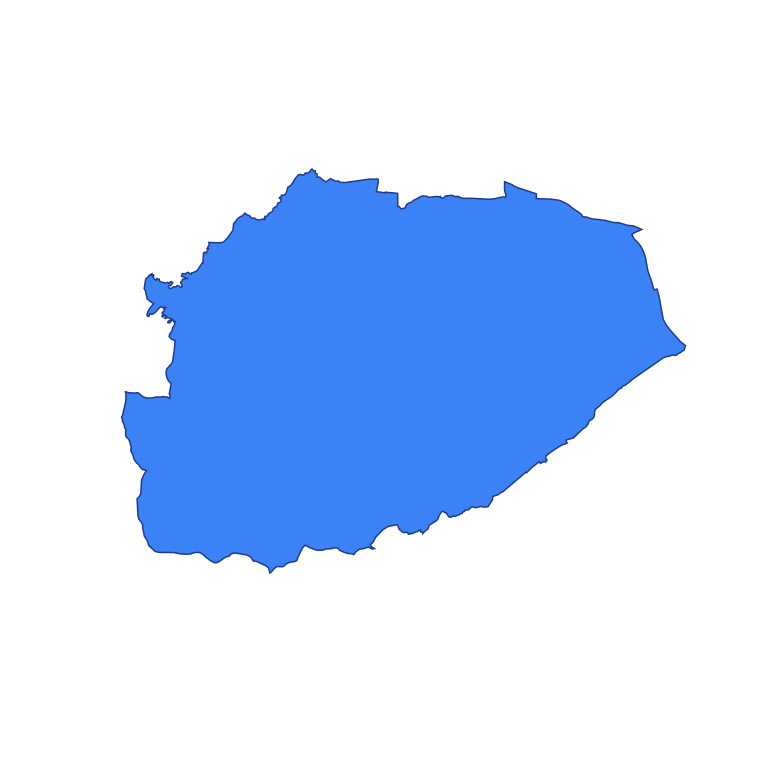 the district of Solont, Bacau, Romania, rotated 294°
{"feature_id": "2599482B29549349723291", "entity_name": "Solont", "entity_type": "district", "adm_level": 2, "iso_a3": "ROU", "parent_name": "Romania", "parent_adm1": "Bacau", "projection": "orthographic", "projection_center": [26.52, 46.567], "detail": "fine", "context": "isolated", "style": "filled", "palette": "blue", "viewbox_px": 768, "rotation_deg": 294, "n_neighbors": 0, "source": "geoboundaries", "source_scale": "gbopen_adm2", "svg_char_len": 6171}
<svg xmlns="http://www.w3.org/2000/svg" viewBox="0 0 768 768"><g transform="rotate(294 384 384)"><path d="M620.5,460.5L615.3,447.8L619.7,445.8L617.7,426.2L617.8,421.1L618.2,419.9L617.8,411.9L610.0,415.3L606.4,418.4L603.9,419.1L603.1,416.1L598.5,410.1L595.5,404.8L589.2,388.3L586.1,381.5L585.5,378.8L585.4,374.6L584.3,373.8L584.0,369.3L580.9,363.9L578.0,362.6L577.5,361.6L577.3,360.5L578.3,359.2L577.2,358.0L576.9,356.0L572.9,349.4L572.7,345.8L572.1,345.1L571.8,343.1L568.8,340.1L565.8,338.1L563.8,336.2L561.6,335.5L559.5,333.2L558.0,332.1L556.1,331.5L554.4,331.9L553.4,331.5L550.9,328.4L552.3,325.7L551.7,324.5L563.7,318.9L559.8,307.2L559.1,307.2L556.6,298.8L565.9,296.7L568.8,295.3L565.1,287.2L552.4,266.8L550.4,262.1L550.9,259.6L549.5,257.3L549.9,251.6L545.0,248.7L545.8,244.5L546.8,241.1L545.7,238.7L548.7,237.4L548.8,235.2L550.8,234.5L550.0,232.9L551.1,230.9L550.5,230.2L547.8,229.8L545.5,228.5L544.9,226.4L543.2,226.0L541.8,225.1L541.6,222.8L540.3,220.7L534.1,219.0L531.0,218.9L527.6,218.1L524.7,216.2L518.9,216.9L516.3,216.5L514.7,213.4L513.2,214.1L511.8,212.6L511.1,213.0L511.0,214.8L510.6,215.2L508.2,215.5L506.2,213.5L503.0,213.7L499.2,211.3L497.7,212.0L496.1,211.8L492.6,209.2L489.5,208.9L488.8,207.1L487.3,207.2L486.5,208.2L485.6,208.0L485.6,206.4L482.9,203.1L482.3,199.8L482.8,198.7L482.8,197.6L481.8,196.7L481.7,196.2L481.7,195.4L483.0,192.9L482.9,189.8L483.5,187.4L479.5,186.0L478.9,185.0L475.4,183.0L470.6,181.9L469.6,181.3L463.0,183.4L453.8,181.6L448.4,179.6L447.1,178.0L445.4,174.7L442.1,166.4L440.5,167.6L435.8,167.3L436.4,168.6L431.5,168.2L431.4,166.4L430.1,165.9L420.8,169.4L420.8,168.7L412.0,167.3L409.3,165.5L407.4,163.2L406.1,163.3L406.0,161.2L406.3,159.9L406.0,159.1L404.7,158.1L404.1,158.2L402.8,154.8L400.0,155.2L400.3,157.6L400.3,161.0L397.6,157.2L396.3,157.7L394.4,156.8L393.4,157.4L392.1,159.2L390.6,160.0L389.5,158.6L390.2,156.7L389.9,155.2L387.8,154.1L387.3,152.1L385.9,151.6L384.0,149.6L385.0,147.5L385.8,147.3L386.9,147.7L387.0,149.1L390.6,149.7L390.8,149.0L390.9,147.7L388.6,146.2L388.8,144.9L387.6,144.0L386.6,139.4L386.4,137.5L388.2,136.2L387.7,136.0L388.0,133.6L386.3,133.9L386.2,132.0L387.5,130.1L389.9,129.2L389.9,128.8L388.5,128.6L388.5,127.6L390.3,127.1L387.6,125.2L386.1,125.1L383.1,123.6L373.6,126.1L372.2,128.1L365.4,133.0L364.0,138.5L364.0,140.9L357.5,139.2L353.7,138.8L350.3,139.5L349.8,141.2L350.0,141.6L352.9,141.6L353.1,143.1L353.7,144.3L356.7,146.1L363.6,148.2L363.8,150.3L365.1,153.3L365.1,153.6L364.4,153.4L363.1,152.2L362.1,153.7L359.0,152.3L358.4,152.5L358.1,154.1L356.0,153.5L355.5,153.8L355.2,154.6L356.7,154.8L357.7,155.9L357.7,156.7L357.0,156.6L357.2,157.8L354.9,156.9L354.9,157.7L356.1,158.4L357.1,161.7L357.0,163.7L353.6,161.4L352.5,161.3L352.1,161.7L352.6,163.2L356.0,164.4L356.7,165.2L356.7,165.7L355.6,166.4L356.3,166.9L356.0,167.8L352.0,168.6L349.6,168.0L346.2,168.7L342.7,167.9L340.0,168.4L338.5,171.5L338.7,175.5L329.5,178.7L318.9,181.6L316.9,181.8L309.8,179.5L307.2,179.7L304.0,181.2L300.5,184.1L299.0,186.2L297.7,189.5L287.8,191.8L286.9,192.9L284.3,194.0L283.6,194.1L284.0,191.1L283.0,189.4L282.9,187.7L280.5,184.2L280.4,182.8L275.8,175.8L274.5,172.1L274.3,168.9L275.8,163.8L275.7,161.9L274.2,160.0L273.2,156.6L272.3,155.4L272.2,153.5L271.7,150.9L269.2,152.7L263.4,155.1L249.0,157.9L246.9,157.7L246.1,158.8L243.7,160.2L241.6,162.7L238.5,165.0L237.7,166.5L231.9,168.9L230.7,170.4L229.6,173.2L228.2,174.9L223.3,178.8L220.1,179.8L217.1,183.5L213.2,186.7L211.1,190.5L210.6,192.6L208.4,196.0L207.7,198.0L208.3,202.2L203.4,201.5L197.7,201.6L185.3,206.3L181.7,206.3L178.7,205.1L163.6,212.8L160.8,215.1L159.0,218.6L156.4,221.4L155.2,221.6L147.6,226.9L144.6,231.4L140.7,234.8L138.3,242.0L138.0,243.4L138.8,247.3L144.5,260.4L146.0,267.2L148.3,273.2L149.9,276.2L153.1,279.7L154.9,283.4L154.9,287.2L153.3,291.9L152.1,297.0L151.8,300.6L152.0,302.4L152.6,303.8L154.3,305.3L161.2,309.5L164.1,312.8L166.0,313.2L168.5,315.4L170.2,320.8L171.7,327.0L172.0,328.4L171.8,332.6L169.0,336.8L170.0,338.8L170.1,340.8L169.9,349.2L169.6,351.4L168.8,353.6L164.9,356.6L167.0,357.8L171.1,358.9L173.8,360.6L175.4,364.8L176.3,366.3L179.9,368.0L182.2,369.7L185.6,374.7L187.1,376.1L191.9,375.8L201.1,376.2L204.7,377.5L204.3,382.6L204.7,389.5L205.6,392.3L207.1,395.3L209.7,398.2L211.9,402.6L213.3,404.2L215.1,407.3L215.1,409.1L214.0,411.1L214.1,417.0L214.4,419.5L215.5,422.7L215.9,425.8L219.1,426.5L223.0,428.6L224.6,431.3L228.8,436.4L228.4,440.2L229.7,442.2L230.4,438.4L231.7,436.9L234.7,438.3L241.1,438.8L250.9,442.5L255.7,445.9L260.9,453.4L257.3,457.1L256.2,461.7L256.6,463.2L257.6,464.2L257.8,466.1L256.7,467.4L257.3,468.4L258.4,468.9L258.2,469.5L259.4,471.3L261.4,472.7L263.0,474.8L264.5,475.1L264.9,475.7L265.2,477.0L264.0,477.0L263.7,477.7L264.4,479.1L264.3,479.7L263.2,480.2L266.3,481.3L269.3,483.1L273.3,482.7L280.5,487.5L282.3,488.1L286.1,487.9L289.9,488.4L291.1,489.0L291.9,489.8L291.4,491.4L291.4,493.4L289.0,497.3L289.5,499.4L291.1,500.2L291.6,501.9L292.7,503.4L295.4,506.1L296.9,506.9L297.6,508.1L299.4,508.0L300.1,509.2L301.6,509.4L303.7,512.6L305.9,513.2L307.3,514.3L307.9,515.3L308.4,518.5L311.1,521.5L312.8,526.8L314.2,528.9L322.5,530.2L323.8,529.5L325.8,529.3L329.2,533.2L332.1,534.8L333.7,536.3L361.0,549.4L360.9,550.3L368.2,553.2L376.1,557.3L375.1,559.1L378.2,561.6L378.5,563.5L380.9,563.8L381.2,562.8L382.2,561.9L384.4,561.2L392.5,565.8L400.0,570.8L404.5,575.4L406.1,573.5L406.9,573.1L411.8,579.0L423.2,583.6L426.9,585.8L429.8,586.6L433.7,586.4L436.7,588.5L438.7,589.1L440.5,589.1L444.8,587.5L447.3,587.5L451.9,590.0L455.9,591.2L466.3,597.6L473.9,600.4L475.6,601.2L477.1,602.7L477.8,602.5L479.4,603.1L481.2,605.0L490.9,610.0L521.4,628.4L524.2,631.3L525.6,633.5L527.6,635.3L528.7,638.7L529.3,639.4L531.6,640.5L533.1,642.0L534.8,642.7L536.9,644.4L541.7,643.8L543.2,637.8L549.3,624.2L553.1,617.2L556.6,612.8L575.4,600.0L581.8,594.9L579.8,592.2L585.6,587.6L594.6,579.1L606.2,571.2L610.4,567.3L614.3,562.5L616.5,558.4L618.0,553.9L621.3,549.6L623.9,551.1L630.0,556.6L629.9,547.6L628.1,542.4L626.8,532.7L624.8,527.8L623.5,519.9L621.5,512.9L619.5,507.1L618.9,501.2L617.6,497.4L618.9,496.0L619.9,493.2L621.3,484.8L622.8,479.5L623.1,476.6L623.2,469.7L620.5,460.5Z" fill="#3b82f6" stroke="#1e3a8a" stroke-width="1.5"/></g></svg>